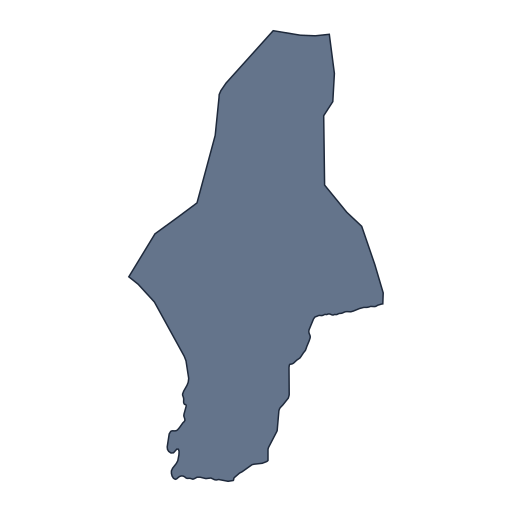 an SVG outline of Southern Darfur
{"feature_id": "SDN-5856", "entity_name": "Southern Darfur", "entity_type": "State", "adm_level": 1, "iso_a3": "SDN", "parent_name": "Sudan", "parent_adm1": "", "projection": "robinson", "projection_center": [24.503, 10.891], "detail": "fine", "context": "isolated", "style": "filled", "palette": "slate", "viewbox_px": 512, "rotation_deg": 0, "n_neighbors": 0, "source": "natural_earth", "source_scale": "10m", "svg_char_len": 2523}
<svg xmlns="http://www.w3.org/2000/svg" viewBox="0 0 512 512"><path d="M184.5,404.4L183.8,403.1L183.6,402.2L183.7,399.0L183.5,397.7L182.6,395.1L182.6,394.0L183.7,391.1L187.0,385.3L188.2,382.3L188.7,378.4L186.0,360.8L184.2,356.2L169.3,329.1L154.4,302.0L138.1,284.2L128.8,276.8L155.0,233.8L178.1,217.0L197.0,202.9L215.2,135.4L219.0,97.7L219.2,94.5L220.9,90.6L226.1,83.0L273.2,30.7L300.4,35.2L315.3,35.8L329.3,34.3L334.4,73.5L332.8,101.6L323.7,115.7L324.6,185.1L346.8,212.3L361.7,226.3L374.9,264.8L383.2,292.9L382.8,303.9L381.8,304.0L377.8,305.2L375.9,306.3L375.2,306.5L374.4,306.6L370.8,306.4L370.3,306.5L368.9,307.0L366.9,307.4L364.0,307.4L363.4,307.5L359.6,308.5L353.0,311.2L352.7,311.2L351.6,311.6L350.6,311.8L347.0,311.6L345.9,311.7L344.8,311.9L343.5,312.5L342.7,312.9L341.8,313.2L340.7,313.4L340.1,313.4L339.1,313.5L338.6,313.7L336.9,314.5L336.4,314.6L335.9,314.6L334.9,314.5L334.4,314.5L333.6,314.9L333.1,315.0L332.6,315.0L332.0,314.9L331.5,314.7L330.6,314.3L330.1,314.1L329.0,313.9L328.4,314.0L327.8,314.1L327.0,314.5L326.4,314.6L325.3,314.4L324.8,314.4L322.7,315.4L321.6,315.6L319.3,315.4L318.4,315.6L317.1,316.2L315.7,316.7L315.1,316.9L314.5,317.6L313.6,318.8L309.1,329.7L308.9,330.8L308.8,331.6L309.0,332.7L309.1,333.3L309.9,335.2L310.2,336.2L310.2,336.8L310.2,337.4L310.1,338.0L309.1,341.0L306.8,346.5L306.2,348.3L305.5,350.2L304.7,351.3L303.5,352.7L301.0,356.5L299.9,358.0L296.8,360.1L293.7,363.0L292.9,363.5L292.1,363.9L291.2,364.1L290.3,364.2L290.0,364.2L289.6,364.6L289.3,365.3L289.0,367.4L289.2,394.5L289.0,395.7L288.3,398.1L282.8,405.0L280.2,407.7L279.5,408.9L278.9,410.7L277.2,430.2L277.1,430.8L276.7,431.7L268.6,447.3L268.1,448.8L268.0,449.5L268.0,460.4L267.5,461.0L266.6,461.6L262.2,463.3L254.0,464.2L252.0,464.7L242.2,471.7L239.5,473.1L234.3,477.6L233.8,478.4L233.6,479.9L233.2,480.5L228.1,481.3L218.7,479.5L216.2,480.0L214.5,479.7L210.9,478.0L205.9,478.6L200.2,477.2L197.1,477.2L194.3,478.7L192.9,479.2L190.0,478.3L187.1,478.4L185.9,477.9L184.6,476.8L183.2,476.1L181.7,475.9L180.0,476.3L178.7,477.1L176.6,478.9L175.3,479.3L173.5,478.3L172.1,476.1L171.4,473.4L171.4,470.9L172.6,468.2L176.3,463.5L177.8,460.7L178.9,454.9L179.1,451.4L178.4,449.2L176.8,449.1L173.5,452.8L171.0,453.0L168.7,451.4L167.5,449.4L167.2,446.9L169.2,433.9L169.7,433.1L170.7,431.4L172.1,430.8L175.0,430.9L176.4,430.6L177.5,429.9L179.4,427.7L182.9,422.8L184.1,421.7L184.9,420.5L184.8,419.0L183.8,415.9L184.0,414.1L186.2,406.1L186.2,405.5L185.7,404.6L185.1,404.4L184.5,404.4Z" fill="#64748b" stroke="#1e293b" stroke-width="1.5"/></svg>